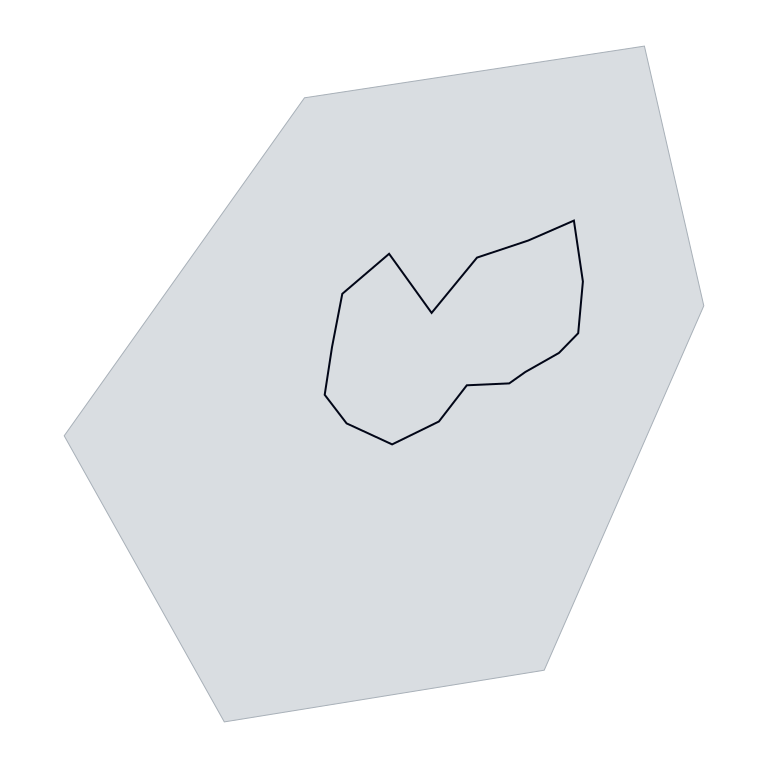 where Domagnano sits in San Marino
{"feature_id": "SMR-4887", "entity_name": "Domagnano", "entity_type": "state/province", "adm_level": 1, "iso_a3": "SMR", "parent_name": "San Marino", "parent_adm1": "", "projection": "equal_earth", "projection_center": [12.471, 43.949], "detail": "fine", "context": "in_parent", "style": "outline", "palette": "ink", "viewbox_px": 768, "rotation_deg": 0, "n_neighbors": 0, "source": "natural_earth", "source_scale": "10m", "svg_char_len": 486}
<svg xmlns="http://www.w3.org/2000/svg" viewBox="0 0 768 768"><path d="M544.2,670.2L224.3,721.9L64.2,435.8L304.5,97.8L644.4,46.1L703.8,305.8L544.2,670.2Z" fill="#d9dde1" stroke="#a8b0b8" stroke-width="1"/><path d="M573.9,220.6L582.9,281.5L578.2,333.2L559.0,352.9L525.3,372.0L509.2,383.4L466.8,385.3L438.9,421.5L392.1,444.4L346.6,423.4L324.7,394.8L332.0,347.2L342.3,293.8L389.1,253.8L431.6,312.9L477.0,257.6L528.3,240.5L573.9,220.6Z" fill="none" stroke="#020617" stroke-width="2"/></svg>